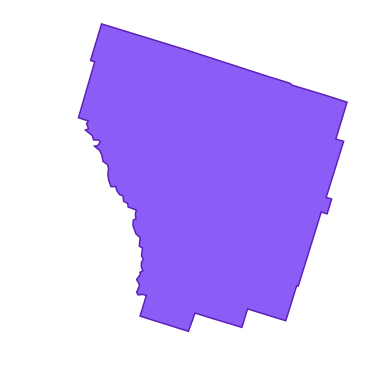 Sublette, Wyoming, United States of America, rotated 197°
{"feature_id": "52423323B90413410102798", "entity_name": "Sublette", "entity_type": "district", "adm_level": 2, "iso_a3": "USA", "parent_name": "United States of America", "parent_adm1": "Wyoming", "projection": "equal_earth", "projection_center": [-109.734, 42.864], "detail": "fine", "context": "isolated", "style": "filled", "palette": "violet", "viewbox_px": 384, "rotation_deg": 197, "n_neighbors": 0, "source": "geoboundaries", "source_scale": "gbopen_adm2", "svg_char_len": 1065}
<svg xmlns="http://www.w3.org/2000/svg" viewBox="0 0 384 384"><g transform="rotate(197 192 192)"><path d="M64.6,108.8L64.5,133.1L62.9,133.1L62.6,196.4L62.6,210.6L56.4,210.6L56.4,226.1L62.1,226.1L61.8,284.8L69.9,284.7L70.0,323.2L90.1,323.5L127.6,323.4L129.7,324.6L153.9,324.7L241.8,326.2L327.6,326.3L327.5,288.1L323.1,288.1L322.3,229.8L311.8,229.6L312.8,226.5L309.4,222.2L312.1,220.0L304.0,216.9L301.3,213.0L296.4,214.5L294.2,213.0L295.9,208.7L298.7,207.3L292.4,204.7L288.7,200.5L286.2,195.4L280.6,193.4L278.5,189.6L277.8,184.6L275.2,179.1L271.1,173.4L266.5,174.9L264.2,171.2L260.6,168.4L256.8,168.0L254.7,163.1L250.3,162.3L248.6,158.9L240.0,158.5L239.7,154.2L237.8,150.0L240.0,147.9L238.6,142.6L233.3,135.5L228.3,133.3L226.6,124.8L223.0,124.0L221.6,116.0L218.8,113.3L219.8,110.3L218.7,105.9L216.0,102.2L218.3,100.0L217.2,98.4L219.4,92.2L214.9,87.6L215.6,79.7L213.3,77.9L209.1,79.7L205.4,79.7L205.4,65.4L205.4,58.1L154.7,57.7L153.7,77.1L148.3,77.1L138.6,77.0L104.7,77.1L104.7,96.4L64.7,96.3L64.6,108.8Z" fill="#8b5cf6" stroke="#5b21b6" stroke-width="1.5"/></g></svg>